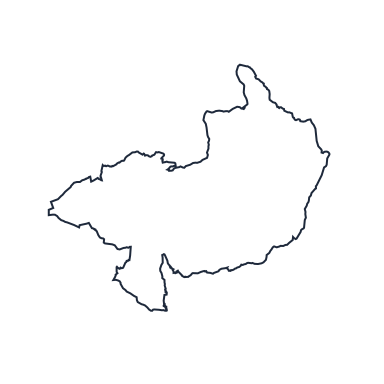 Bran, Brasov, Romania, rotated 249°
{"feature_id": "2599482B26594434202693", "entity_name": "Bran", "entity_type": "district", "adm_level": 2, "iso_a3": "ROU", "parent_name": "Romania", "parent_adm1": "Brasov", "projection": "robinson", "projection_center": [25.377, 45.49], "detail": "fine", "context": "isolated", "style": "outline", "palette": "slate", "viewbox_px": 384, "rotation_deg": 249, "n_neighbors": 0, "source": "geoboundaries", "source_scale": "gbopen_adm2", "svg_char_len": 6053}
<svg xmlns="http://www.w3.org/2000/svg" viewBox="0 0 384 384"><g transform="rotate(249 192 192)"><path d="M287.6,290.7L288.2,289.9L289.4,289.1L289.7,288.1L293.5,282.6L293.3,282.2L293.6,282.0L293.0,280.2L288.7,276.8L285.6,275.9L278.2,276.4L273.9,278.8L272.4,278.8L266.5,276.0L263.6,275.7L260.0,276.2L257.5,276.1L254.7,275.5L254.0,275.1L252.5,270.1L251.6,271.1L250.9,270.0L251.8,268.9L252.2,268.0L254.1,267.0L255.4,264.7L255.0,259.8L253.7,255.1L254.6,254.4L255.3,252.7L255.8,250.2L256.6,249.4L258.2,246.5L259.0,243.3L258.8,240.4L259.1,238.9L262.0,235.2L262.0,234.5L260.5,232.3L259.1,231.0L255.0,228.4L250.7,229.3L247.0,228.7L239.6,226.8L237.7,226.7L235.3,227.1L233.7,226.2L232.5,224.9L230.0,224.6L229.0,223.8L226.6,222.9L223.4,220.1L220.9,220.1L218.5,218.3L218.2,213.3L217.2,210.8L217.4,207.2L218.1,205.9L218.7,203.4L218.1,200.1L218.4,195.5L217.4,193.5L218.1,192.3L220.0,190.4L219.8,189.0L220.5,185.0L220.3,183.5L219.1,181.7L219.3,180.3L219.9,178.5L220.4,178.5L220.4,178.0L221.0,178.0L221.7,177.1L222.0,178.4L223.3,180.8L223.4,181.6L222.8,183.0L222.8,184.5L222.2,186.1L224.7,186.7L225.5,186.3L228.3,180.6L229.4,179.3L229.5,177.5L229.6,177.4L229.9,175.2L231.8,175.5L232.3,176.2L233.3,176.4L234.2,175.3L234.5,175.5L236.1,178.9L236.8,179.3L237.5,179.3L238.2,178.9L241.2,175.3L241.2,174.2L242.1,172.7L240.3,170.2L240.3,167.8L239.8,167.2L239.8,165.7L240.8,164.6L242.1,163.9L242.9,162.2L242.8,161.2L244.8,161.0L245.2,160.7L244.6,159.2L247.9,156.5L249.1,156.0L249.6,154.9L249.5,153.2L250.3,150.5L249.1,146.5L248.8,144.6L247.9,142.3L245.7,139.9L245.7,139.1L246.2,138.0L246.0,136.3L245.4,134.8L245.8,134.1L245.4,131.9L244.9,131.4L244.4,127.5L244.9,126.9L244.5,126.1L245.1,125.0L245.1,124.6L246.5,123.3L246.9,122.6L246.8,121.3L247.1,120.7L247.8,120.3L247.8,119.2L248.2,118.7L249.1,118.3L244.0,114.9L243.0,115.0L240.0,112.5L238.7,112.0L238.5,112.3L235.2,112.0L235.5,111.5L236.5,110.9L237.6,109.6L238.9,109.0L238.0,104.2L237.8,101.6L242.8,102.5L242.9,101.1L242.3,99.9L242.4,98.3L242.2,97.9L242.4,97.6L242.1,96.2L242.3,93.7L241.5,91.0L242.6,88.1L242.9,85.2L241.0,81.3L240.1,80.5L237.7,73.7L235.6,69.9L235.3,68.7L233.3,64.3L233.4,56.8L226.8,56.7L226.7,51.9L221.7,50.0L220.7,54.1L219.9,55.9L217.8,57.5L215.6,58.1L212.6,59.8L211.1,61.6L209.5,62.9L208.4,64.5L203.5,70.0L199.4,73.9L201.3,75.2L200.2,82.3L200.1,84.6L194.1,85.6L193.4,86.7L192.0,88.0L191.9,87.6L189.6,89.0L185.2,89.1L182.6,89.7L181.3,90.9L180.4,92.5L179.4,93.0L176.4,91.5L175.2,92.3L171.7,98.8L169.9,100.8L165.5,102.0L164.3,103.9L164.3,108.0L163.8,110.0L163.8,111.3L162.8,112.5L162.9,113.9L163.1,114.2L162.8,115.2L154.9,111.5L150.9,109.2L151.3,108.4L150.7,108.0L150.7,107.4L151.1,106.3L150.1,105.5L149.9,104.5L146.0,100.6L145.9,99.9L146.1,98.9L147.0,98.2L146.8,97.8L146.4,97.8L146.2,97.1L146.3,96.7L148.0,95.5L149.1,95.1L148.9,94.7L144.4,93.0L142.9,93.3L142.2,91.1L141.6,91.0L140.2,89.7L138.0,87.0L137.4,89.2L136.9,90.0L135.7,91.5L134.5,92.5L132.9,92.8L131.9,92.4L126.9,93.1L124.2,94.8L122.5,95.3L119.5,98.1L115.8,100.6L113.6,102.6L110.8,101.8L108.7,101.9L105.3,104.7L104.3,106.1L102.9,107.5L100.3,108.9L97.5,109.9L95.8,111.2L95.4,112.3L96.1,113.4L95.9,114.6L93.8,119.1L92.4,121.5L91.9,123.1L91.0,124.1L91.1,125.2L91.6,125.4L90.4,125.4L90.4,126.0L91.1,126.2L91.3,125.8L91.7,125.8L92.2,126.3L92.8,126.0L93.0,126.3L92.8,126.4L93.9,126.8L94.1,126.0L94.5,126.1L94.4,125.7L95.1,125.4L95.5,125.6L95.2,125.1L95.7,124.7L96.2,124.9L96.7,125.6L100.7,126.6L105.8,129.4L105.3,131.5L106.8,132.3L107.9,131.4L108.1,131.5L108.1,132.3L108.6,132.3L109.1,131.7L110.7,132.0L110.8,132.5L110.2,132.7L114.5,133.0L115.8,133.7L117.3,133.9L119.8,134.8L122.3,133.4L123.8,134.1L127.3,134.5L129.7,134.1L131.9,134.8L134.9,137.3L136.4,139.3L141.4,141.1L143.8,141.6L143.8,142.6L144.1,143.2L143.7,143.9L142.5,144.1L136.7,144.4L134.2,143.9L132.7,144.2L131.4,144.8L131.0,144.7L130.4,145.0L130.0,144.6L129.2,144.7L129.6,145.4L127.6,146.0L126.6,146.9L126.3,146.0L124.4,146.3L123.1,145.8L123.0,146.7L122.2,147.2L122.2,148.9L123.3,148.9L123.6,150.6L122.5,150.7L118.9,152.3L117.6,152.6L117.6,152.8L117.0,152.9L115.4,154.2L115.4,155.0L115.1,155.0L114.1,158.2L114.4,158.7L114.8,160.9L115.9,162.9L116.0,163.6L114.0,168.3L114.2,171.5L114.0,174.4L113.7,175.6L113.0,175.8L113.0,176.9L111.4,177.2L110.0,180.0L108.2,182.3L108.6,183.5L108.5,188.3L109.5,189.7L109.8,192.0L108.9,196.0L108.8,197.8L108.3,197.2L106.7,198.1L105.3,198.1L104.6,199.6L105.0,199.8L105.1,200.5L104.6,201.6L104.6,203.0L105.1,204.8L104.9,205.7L105.3,207.1L105.1,209.2L105.6,210.9L106.5,212.0L105.7,213.2L105.8,214.8L105.5,216.3L105.9,217.9L105.8,219.0L104.1,222.2L104.1,223.0L102.5,224.7L101.1,227.8L100.5,231.4L100.7,233.5L102.2,236.7L104.6,238.3L106.4,239.1L107.4,242.3L109.0,244.1L109.8,245.5L111.4,247.6L111.8,249.1L110.0,251.3L109.8,254.2L110.0,255.3L108.9,257.9L109.1,260.2L108.6,261.9L109.7,264.4L111.1,268.8L113.8,270.2L112.5,270.7L110.9,271.9L111.0,272.9L115.8,279.1L117.3,280.1L117.8,281.3L118.0,283.1L118.5,283.8L125.1,287.1L125.6,287.4L127.2,289.1L130.8,289.9L132.7,290.8L135.7,291.2L138.1,294.2L139.8,295.4L140.8,297.0L142.1,298.0L145.0,299.5L146.1,301.7L148.2,303.2L150.7,307.9L150.9,309.0L153.0,309.7L153.5,310.7L161.2,319.1L167.6,324.1L168.1,326.3L169.2,327.5L174.9,330.3L177.7,333.7L178.7,334.0L180.3,333.5L181.4,332.4L182.0,330.5L182.0,329.5L181.4,328.3L182.4,327.1L184.1,328.0L185.5,327.9L189.4,326.3L195.0,326.7L206.8,329.9L210.7,329.7L213.9,328.7L217.3,328.6L217.8,326.2L217.8,325.2L217.4,323.1L217.8,321.1L219.3,318.5L220.9,318.6L221.3,318.2L221.9,317.2L221.8,314.8L222.4,314.1L223.7,313.7L224.7,313.8L225.0,313.3L225.9,313.0L229.5,313.6L231.5,311.4L231.9,310.1L234.8,307.3L236.6,307.6L237.2,306.7L239.3,305.4L239.4,304.1L239.1,303.5L239.5,303.2L240.2,303.4L240.7,303.0L240.8,302.1L242.7,302.1L243.3,302.3L245.4,301.6L246.8,299.7L250.3,297.6L252.1,298.0L255.6,299.6L258.6,300.3L260.1,299.9L261.2,298.9L262.2,299.2L263.0,298.6L263.8,298.5L265.2,297.4L266.5,297.4L267.5,297.9L268.1,297.3L269.1,297.0L270.5,295.8L273.3,294.6L275.0,292.5L276.9,292.3L277.5,293.4L282.2,292.8L285.0,292.0L286.9,290.8L287.6,290.7Z" fill="none" stroke="#1e293b" stroke-width="2"/></g></svg>